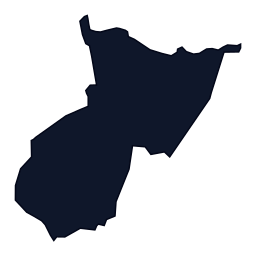 outline of Fraile Muerto, Cerro Largo, Uruguay
{"feature_id": "84410073B83250552762977", "entity_name": "Fraile Muerto", "entity_type": "district", "adm_level": 2, "iso_a3": "URY", "parent_name": "Uruguay", "parent_adm1": "Cerro Largo", "projection": "orthographic", "projection_center": [-54.446, -32.51], "detail": "fine", "context": "isolated", "style": "filled", "palette": "ink", "viewbox_px": 256, "rotation_deg": 0, "n_neighbors": 0, "source": "geoboundaries", "source_scale": "gbopen_adm2", "svg_char_len": 1005}
<svg xmlns="http://www.w3.org/2000/svg" viewBox="0 0 256 256"><path d="M31.3,140.5L31.6,156.9L20.6,168.8L15.5,185.5L15.4,200.1L26.7,212.2L33.6,216.0L41.6,220.7L45.2,224.7L50.5,235.3L53.8,240.5L56.7,236.8L64.9,236.9L70.4,233.8L80.3,228.2L94.9,229.9L96.7,225.7L98.3,224.1L104.2,225.5L106.5,219.5L115.0,216.0L116.0,201.6L129.0,169.2L132.5,145.7L145.2,146.8L150.9,154.4L164.4,151.9L169.7,156.9L209.7,98.5L211.3,92.5L224.0,52.1L238.7,51.9L240.6,48.0L240.6,44.1L237.2,45.7L227.5,45.0L223.1,47.1L218.3,50.1L212.2,48.6L206.6,49.0L199.4,53.4L193.5,54.1L186.3,51.6L182.0,47.1L177.6,49.1L177.2,52.2L171.3,55.8L162.0,53.5L150.0,49.8L134.3,39.3L128.3,36.6L127.5,31.8L125.4,30.3L119.5,28.5L116.5,28.0L106.9,30.3L100.5,32.0L95.8,31.6L91.7,30.4L89.8,29.6L88.7,24.1L87.9,18.7L87.2,15.5L84.4,16.6L79.9,21.2L82.5,34.6L85.8,43.6L89.5,45.7L91.7,56.3L96.6,85.0L90.2,85.2L85.8,90.5L86.6,93.3L88.2,96.5L88.2,106.3L80.3,109.6L65.9,115.9L35.8,137.3L33.4,139.5L31.3,140.5Z" fill="#0f172a" stroke="#020617" stroke-width="1.5"/></svg>